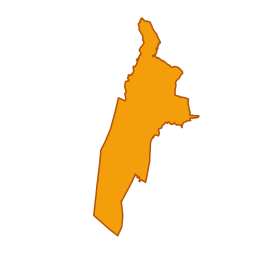 the district of Vadu Sapat, Prahova, Romania, rotated 57°
{"feature_id": "2599482B9127091814078", "entity_name": "Vadu Sapat", "entity_type": "district", "adm_level": 2, "iso_a3": "ROU", "parent_name": "Romania", "parent_adm1": "Prahova", "projection": "robinson", "projection_center": [26.374, 45.031], "detail": "fine", "context": "isolated", "style": "filled", "palette": "amber", "viewbox_px": 256, "rotation_deg": 57, "n_neighbors": 0, "source": "geoboundaries", "source_scale": "gbopen_adm2", "svg_char_len": 5356}
<svg xmlns="http://www.w3.org/2000/svg" viewBox="0 0 256 256"><g transform="rotate(57 128 128)"><path d="M182.7,204.3L202.2,198.9L205.9,197.7L212.7,195.3L207.8,187.4L201.3,182.1L199.5,180.8L197.3,179.4L188.7,175.1L185.7,173.5L185.9,173.2L182.5,166.9L181.6,165.5L178.9,160.4L175.3,154.1L173.0,150.5L171.7,148.2L171.3,147.9L170.7,147.0L170.8,146.8L172.0,147.5L172.3,147.4L172.4,147.2L172.4,146.8L172.7,146.3L172.8,146.2L173.0,146.2L173.6,146.5L174.3,147.2L174.7,147.3L174.8,147.3L175.1,147.1L175.4,146.2L174.8,145.7L174.9,145.4L175.1,145.4L175.5,145.4L176.7,145.8L177.6,146.5L178.5,147.6L178.9,147.7L179.2,147.5L178.8,146.3L178.7,145.4L178.7,145.0L178.8,144.9L179.0,144.8L179.4,144.8L180.0,144.7L180.3,144.2L182.3,143.2L183.1,143.0L183.1,142.9L180.5,140.1L177.0,136.8L174.2,134.1L167.4,127.7L164.8,126.0L158.2,121.2L156.6,119.9L154.7,118.7L152.1,116.7L149.1,112.2L149.8,111.9L148.3,109.3L149.1,108.4L151.0,106.9L151.1,106.7L150.0,105.1L149.3,104.4L147.4,103.9L146.6,103.6L145.6,102.9L146.2,99.7L145.6,99.2L145.2,98.9L145.1,98.4L144.7,97.9L144.6,97.7L144.5,97.4L144.5,96.6L144.2,95.2L144.4,94.7L144.4,94.4L143.9,93.9L143.8,93.6L144.4,92.5L144.6,92.6L145.3,92.5L145.5,92.3L145.6,91.9L145.2,91.4L145.1,90.9L145.2,90.6L145.4,90.3L145.7,90.2L147.0,90.3L147.7,90.2L148.3,89.8L148.9,89.1L149.1,88.7L148.9,88.1L149.4,87.5L149.4,86.9L149.5,86.5L149.1,86.2L151.1,85.9L151.9,85.6L152.4,85.0L152.5,84.2L152.7,83.9L152.8,83.7L153.6,83.1L153.9,82.7L154.4,82.1L156.9,82.6L157.0,82.4L155.6,81.3L154.6,80.3L153.7,77.9L154.2,76.2L154.3,74.9L154.1,74.4L154.6,74.1L155.4,72.1L155.8,71.5L154.6,71.2L153.9,71.1L153.8,70.4L154.1,69.6L155.0,68.6L155.1,67.6L156.1,66.3L157.3,63.4L157.0,62.6L156.8,62.3L156.5,62.1L156.2,62.2L156.0,62.4L155.1,63.8L154.7,64.1L154.5,64.7L153.7,65.9L152.8,66.6L152.1,67.5L151.8,68.3L151.3,68.7L150.9,68.9L150.7,68.5L150.1,68.3L149.1,67.9L148.9,67.5L148.8,67.4L147.6,67.2L147.4,67.1L147.2,66.8L146.5,66.8L145.5,66.4L144.4,66.2L144.1,66.0L143.7,65.6L142.6,65.2L142.3,65.0L141.7,64.9L141.4,64.7L141.1,64.8L140.8,64.5L139.1,63.6L138.8,63.3L138.6,62.9L137.6,62.6L137.3,62.2L136.8,62.0L136.7,61.6L135.1,62.6L132.6,64.7L131.9,65.5L131.6,65.9L131.2,66.6L130.5,67.5L130.0,67.2L127.1,69.9L126.4,70.7L125.0,70.1L124.0,69.3L122.3,68.2L121.2,67.4L119.6,65.7L118.9,65.1L116.9,63.8L115.7,63.3L115.4,62.9L115.2,62.6L115.1,62.2L114.8,61.7L114.3,60.3L114.2,59.7L114.3,58.5L112.5,55.1L111.9,53.6L111.9,53.3L112.1,52.7L111.8,52.4L110.5,51.7L109.5,51.7L108.0,52.2L107.0,52.2L106.1,52.6L105.3,52.6L105.0,52.7L103.7,53.7L102.7,54.3L101.7,55.7L101.6,55.9L101.4,56.9L100.3,58.9L100.2,59.0L99.0,58.8L98.1,59.0L96.0,60.2L91.8,61.4L91.6,61.8L91.0,62.4L90.8,62.4L90.6,62.2L90.4,62.1L90.1,62.7L89.7,62.8L88.5,63.5L87.6,63.5L87.0,63.8L86.7,63.9L86.6,64.3L85.8,64.2L85.4,64.3L85.0,65.0L84.9,65.3L84.8,65.9L84.7,66.0L84.4,66.0L83.5,65.8L82.8,65.8L82.3,66.1L82.2,66.6L81.8,66.7L81.5,66.9L81.4,67.1L81.5,67.3L81.7,67.6L81.8,67.8L81.7,68.0L81.4,68.3L81.1,68.3L80.8,68.1L80.8,67.5L80.8,67.3L81.2,66.4L81.2,65.8L81.6,65.2L81.5,64.9L80.9,64.4L80.8,64.2L80.5,63.2L79.6,62.5L79.2,61.8L78.4,61.5L77.4,61.7L77.1,61.5L76.9,60.9L77.0,60.7L77.7,60.2L77.8,59.9L76.6,59.9L76.3,59.8L76.2,59.6L76.4,58.9L76.2,58.6L75.7,58.4L75.1,57.9L75.0,57.6L75.3,57.3L75.2,57.1L73.7,56.3L74.1,55.6L74.3,55.1L74.2,54.6L74.0,54.3L73.8,54.2L72.6,54.2L71.5,53.8L70.1,53.9L69.7,53.8L68.6,53.5L66.5,53.4L66.0,53.1L65.5,53.1L64.9,52.9L61.3,53.2L58.1,53.2L57.4,52.9L56.5,52.9L56.1,52.7L55.3,52.4L54.8,52.3L53.9,52.4L52.1,51.9L50.8,52.2L50.0,52.6L49.7,53.0L49.7,53.5L49.3,53.6L48.8,54.1L48.4,54.3L48.2,54.9L47.8,55.2L46.1,55.9L43.9,56.3L44.2,56.9L43.3,57.1L44.9,60.0L45.7,60.0L45.9,60.5L46.0,61.3L46.3,62.4L46.4,62.8L49.3,63.6L49.6,63.7L50.1,64.2L50.9,64.6L51.9,65.3L52.2,65.3L53.4,65.1L56.4,65.5L58.0,65.3L58.7,65.5L59.3,65.9L60.3,66.3L61.0,66.7L61.3,66.9L61.6,67.5L61.9,67.7L62.4,67.8L63.8,67.8L64.5,67.9L64.9,68.0L65.3,68.4L65.9,69.6L66.4,70.3L66.9,72.3L67.5,73.6L67.7,74.2L68.2,75.0L68.3,75.5L68.7,76.0L69.1,76.2L69.6,76.3L70.8,76.3L71.8,76.2L72.2,76.2L72.8,76.6L73.2,77.3L73.4,77.3L73.7,78.0L73.2,78.4L73.3,78.5L73.6,79.0L74.0,79.4L74.4,80.1L74.4,80.4L74.8,80.6L75.2,81.1L75.6,81.1L75.6,82.4L75.0,82.6L75.6,83.8L77.0,83.1L77.4,84.3L78.5,85.2L79.4,86.4L79.7,87.3L80.3,88.4L80.4,89.0L79.4,89.5L79.2,89.9L79.2,90.1L79.7,90.3L80.1,90.8L80.8,90.9L81.2,91.3L81.5,91.4L81.8,91.7L82.3,91.6L82.7,91.7L83.1,92.1L83.5,92.4L83.7,92.5L84.0,93.1L84.4,93.5L84.6,93.9L84.6,94.2L84.5,94.6L84.5,95.5L84.8,95.9L85.1,95.9L85.6,96.0L85.5,96.6L85.1,97.0L84.8,97.4L84.7,97.9L84.5,98.0L84.3,98.0L84.1,98.2L84.7,98.4L84.7,98.5L84.3,98.8L84.1,98.7L83.9,99.0L84.1,99.1L84.6,99.1L84.8,99.7L85.3,99.7L85.6,100.6L86.0,101.3L86.3,101.4L86.7,101.2L87.2,101.1L87.8,101.1L88.5,101.3L88.6,101.6L88.8,101.6L88.9,101.8L88.4,102.1L88.3,102.4L88.5,102.9L88.5,103.1L87.9,103.9L87.8,104.8L88.0,105.0L89.2,106.3L90.6,107.4L91.5,108.2L92.8,108.6L93.3,108.9L94.9,109.2L95.6,109.7L95.9,109.8L96.7,109.9L96.9,110.0L97.2,110.5L97.4,111.4L97.5,112.0L100.4,113.0L103.2,114.7L103.6,115.1L103.7,115.5L103.4,115.9L100.6,117.6L97.8,119.3L97.7,119.9L98.0,120.2L98.4,120.4L103.8,126.1L110.0,132.7L115.6,139.1L116.6,140.2L119.1,142.9L120.2,144.4L120.8,145.5L121.9,146.9L122.7,148.1L123.5,149.5L123.9,149.9L123.9,150.1L124.7,151.1L126.6,153.9L131.8,162.8L142.6,171.3L161.1,186.8L164.7,189.6L165.2,190.0L182.7,204.3Z" fill="#f59e0b" stroke="#b45309" stroke-width="1.5"/></g></svg>